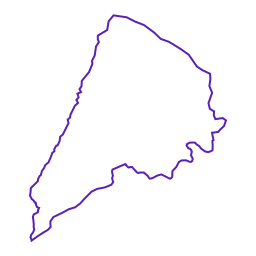 Kokoyah, Bong, Liberia
{"feature_id": "62588387B51807838510700", "entity_name": "Kokoyah", "entity_type": "district", "adm_level": 2, "iso_a3": "LBR", "parent_name": "Liberia", "parent_adm1": "Bong", "projection": "mercator", "projection_center": [-9.579, 6.517], "detail": "fine", "context": "isolated", "style": "outline", "palette": "violet", "viewbox_px": 256, "rotation_deg": 0, "n_neighbors": 0, "source": "geoboundaries", "source_scale": "gbopen_adm2", "svg_char_len": 2805}
<svg xmlns="http://www.w3.org/2000/svg" viewBox="0 0 256 256"><path d="M31.6,240.6L32.5,239.9L34.2,238.7L36.2,237.3L37.5,236.3L44.4,231.9L47.7,230.0L50.6,227.1L50.3,221.7L51.1,220.4L53.3,217.1L54.6,216.5L60.6,213.6L62.7,212.6L63.2,212.3L68.9,209.2L75.1,207.3L77.1,205.8L80.3,203.4L83.3,200.0L84.2,199.0L89.5,193.7L89.8,193.4L91.5,191.7L97.1,188.9L104.9,187.4L111.2,184.8L111.9,183.9L113.2,182.1L113.0,181.7L112.1,178.3L112.9,175.7L112.0,171.9L112.4,169.6L116.0,168.1L121.8,165.5L124.3,164.5L125.1,164.1L125.7,164.8L126.1,164.7L126.5,165.6L128.4,167.5L128.9,167.4L130.4,167.0L130.7,167.2L132.0,167.0L136.8,172.3L138.5,173.0L140.2,172.5L142.8,172.5L143.9,172.5L144.4,173.2L145.1,173.5L148.1,176.3L149.0,177.9L149.4,178.3L149.8,178.7L151.7,178.3L152.2,178.2L153.2,177.7L157.3,175.6L161.3,174.4L166.7,177.1L169.9,178.7L170.5,178.7L172.1,177.2L172.3,175.7L172.4,171.2L172.8,170.7L173.5,169.9L176.3,167.0L177.0,165.6L178.2,163.3L178.9,162.0L181.6,160.4L183.5,160.4L183.8,160.4L186.0,160.3L189.4,161.7L191.0,161.9L192.2,161.0L192.6,159.2L192.7,158.5L191.6,156.4L191.0,155.4L191.3,154.0L191.8,151.5L191.3,150.9L191.3,150.0L189.8,148.6L189.0,148.5L188.4,148.4L187.5,146.9L186.6,145.4L186.9,144.2L188.2,143.5L189.4,142.7L192.5,142.5L195.1,142.7L195.7,143.4L196.5,144.3L199.3,146.2L201.2,148.7L203.6,150.4L205.4,151.6L208.3,152.1L211.1,151.1L212.5,150.2L212.7,146.0L212.5,142.9L212.5,142.4L212.4,140.9L213.5,140.1L212.6,135.8L212.1,132.7L218.1,132.0L219.7,130.0L224.0,126.0L226.0,120.4L222.7,118.1L215.4,119.1L213.8,115.4L214.1,111.4L213.4,111.0L209.8,108.8L208.5,103.1L212.1,92.8L210.8,89.5L209.4,86.1L210.4,79.1L210.1,73.8L202.5,70.2L201.8,69.8L196.9,66.5L188.6,54.5L188.0,54.1L186.7,53.3L181.0,49.2L169.1,41.9L168.9,41.8L160.8,38.9L154.2,32.6L143.9,25.0L138.3,22.8L135.3,21.7L126.7,17.3L114.4,15.5L113.5,15.4L108.6,21.4L107.2,30.0L98.3,35.3L97.8,35.8L97.8,39.4L98.9,42.0L96.0,46.5L95.3,51.5L94.7,55.5L92.0,60.8L92.4,63.9L89.0,72.1L81.8,80.9L81.5,86.3L79.5,89.1L81.1,92.1L80.2,92.5L77.4,93.6L77.8,94.7L78.6,97.4L76.4,99.9L78.0,103.0L74.9,105.7L70.4,114.9L70.1,117.6L67.7,119.6L67.8,120.1L67.9,120.4L68.5,123.1L62.8,134.6L60.2,136.7L59.6,141.2L57.5,145.5L56.3,145.6L55.2,147.5L54.3,149.2L54.4,151.2L52.6,152.7L52.1,153.2L51.5,155.2L50.9,156.8L50.7,157.4L49.8,159.3L48.8,161.7L48.5,162.5L47.1,163.4L45.0,165.5L44.2,167.9L42.2,170.5L41.9,171.1L40.9,175.0L39.7,175.9L38.1,179.0L37.8,181.3L36.0,182.9L35.9,183.1L30.9,188.0L30.7,190.1L30.6,192.0L30.0,195.6L31.8,199.1L33.8,200.7L34.7,202.5L35.7,202.5L36.1,205.1L37.1,207.1L39.1,207.9L38.0,210.2L38.2,211.2L37.9,211.7L37.8,212.3L37.3,212.6L37.1,212.7L34.3,214.1L33.8,214.4L32.9,216.7L33.3,219.7L33.8,224.5L33.6,227.0L34.3,229.3L33.8,230.5L33.1,232.4L31.2,234.8L30.5,237.5L31.2,238.8L31.2,239.1L31.3,239.7L31.6,240.6Z" fill="none" stroke="#5b21b6" stroke-width="2"/></svg>